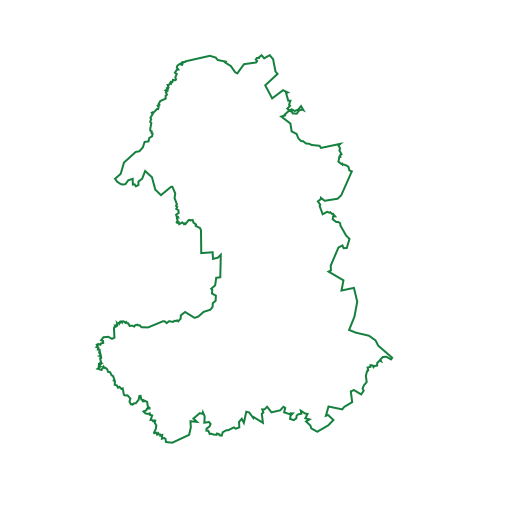 Zaubes pag., Amatas, Latvia (orthographic projection), rotated 101°
{"feature_id": "27541924B54710700451151", "entity_name": "Zaubes pag.", "entity_type": "district", "adm_level": 2, "iso_a3": "LVA", "parent_name": "Latvia", "parent_adm1": "Amatas", "projection": "orthographic", "projection_center": [25.326, 56.996], "detail": "fine", "context": "isolated", "style": "outline", "palette": "green", "viewbox_px": 512, "rotation_deg": 101, "n_neighbors": 0, "source": "geoboundaries", "source_scale": "gbopen_adm2", "svg_char_len": 6120}
<svg xmlns="http://www.w3.org/2000/svg" viewBox="0 0 512 512"><g transform="rotate(101 256 256)"><path d="M346.9,377.2L349.1,378.9L348.6,379.5L350.2,378.9L350.8,380.5L351.3,379.4L352.2,380.2L351.8,381.0L353.6,381.7L363.2,379.4L364.8,381.6L363.5,385.6L364.9,390.3L368.3,391.9L368.6,390.0L370.5,389.4L371.3,391.4L372.7,391.8L372.4,392.4L373.0,393.4L372.5,394.1L373.5,395.4L375.0,394.3L375.8,395.1L376.1,393.3L378.0,393.4L377.7,391.8L378.2,391.4L380.6,391.6L381.1,391.2L380.1,390.8L383.4,389.3L384.0,390.3L384.2,389.0L385.6,388.5L386.3,389.5L389.7,387.9L390.9,388.8L391.0,387.1L392.4,388.3L391.8,388.7L392.0,389.6L394.2,389.3L394.3,387.7L396.9,390.0L397.3,385.9L393.6,384.6L394.8,383.5L394.4,382.6L395.6,380.4L397.9,379.2L397.9,377.1L400.7,374.9L401.1,373.4L404.2,371.5L405.4,371.9L405.8,370.6L409.4,370.1L409.6,367.9L411.6,366.3L410.5,365.1L412.2,362.7L411.4,361.6L417.4,359.2L417.9,358.0L417.3,355.5L419.9,352.1L423.1,352.4L425.5,350.5L425.0,349.3L425.4,348.7L424.0,347.7L423.5,345.9L419.5,343.8L415.6,343.7L415.3,342.6L418.8,341.2L418.9,339.4L420.2,339.4L420.1,338.4L419.2,338.4L419.9,335.1L424.7,333.3L425.2,331.6L426.0,331.4L426.7,334.0L428.4,334.2L430.1,336.8L431.6,334.5L431.7,332.4L430.8,330.2L432.1,330.1L432.3,327.5L437.1,328.2L436.9,326.3L437.8,325.5L436.6,324.0L437.0,323.4L438.9,323.7L441.2,321.6L444.5,321.3L448.9,322.4L449.4,321.9L448.4,319.9L450.1,319.0L448.8,318.1L449.7,317.7L449.5,316.0L450.7,315.6L449.6,313.9L453.3,313.5L452.1,311.3L452.9,309.9L455.7,308.9L455.7,307.2L455.2,302.5L444.3,287.5L436.6,287.3L430.7,288.8L430.1,282.3L427.5,286.4L421.0,281.2L421.1,278.4L419.5,278.3L423.2,275.8L429.5,274.9L427.9,270.5L429.6,268.5L432.1,269.0L434.9,271.6L436.9,271.4L436.7,269.4L439.6,267.4L439.0,266.1L439.4,263.4L439.0,260.5L437.8,260.5L437.7,259.5L438.1,257.8L439.0,257.5L438.9,255.4L435.3,255.0L432.6,251.7L432.4,250.1L428.5,245.1L429.4,242.8L427.4,239.7L422.2,241.0L418.5,238.9L422.1,236.1L410.7,235.8L410.9,232.8L415.6,227.7L414.6,227.5L418.4,217.4L409.7,220.2L408.3,218.9L405.4,220.6L405.0,218.4L401.9,216.3L406.5,211.0L402.9,202.8L398.8,200.3L399.6,198.3L404.1,198.6L404.8,192.9L403.8,192.0L403.5,189.9L406.1,191.6L409.4,191.5L409.9,187.6L407.7,185.5L404.9,185.6L403.4,184.4L402.2,181.4L399.3,182.5L401.2,177.9L401.2,175.3L405.9,176.6L406.2,172.3L408.9,175.3L412.1,170.2L414.7,168.8L416.8,162.3L408.5,152.8L402.2,148.7L398.3,155.0L399.5,156.9L389.9,156.1L390.1,142.1L387.3,140.6L381.1,133.7L370.9,137.1L368.9,134.4L371.8,126.4L367.7,124.6L365.7,126.1L362.5,125.4L358.6,123.3L352.6,125.3L347.9,125.0L346.9,124.0L344.2,125.2L343.0,122.5L341.3,122.8L341.2,120.6L342.6,119.4L341.4,118.9L340.5,116.2L337.8,116.6L335.0,114.6L335.4,113.2L334.0,114.2L331.0,112.3L330.0,108.9L331.7,103.7L329.9,102.9L320.7,118.9L316.0,122.6L312.7,129.9L312.2,143.4L310.8,150.5L296.9,147.8L281.5,147.9L268.6,153.8L273.6,165.5L263.2,165.5L257.5,181.8L255.9,179.7L251.2,180.8L232.0,176.7L229.1,173.2L231.6,171.5L230.8,168.4L221.4,167.5L218.7,171.5L209.9,179.0L207.8,179.6L206.9,181.8L207.3,183.7L205.3,187.7L202.5,187.9L202.0,185.9L199.9,188.5L200.3,189.2L198.9,191.4L199.5,192.1L199.0,194.5L202.3,198.5L194.7,203.1L193.4,202.7L190.6,205.7L187.9,203.3L186.5,203.4L188.7,199.2L184.2,186.8L180.1,183.9L154.6,178.1L154.2,180.6L150.7,182.4L149.6,185.7L149.5,187.8L150.0,188.3L148.8,189.1L149.3,189.9L147.7,193.1L142.7,193.1L142.6,192.1L140.8,192.6L139.8,191.5L136.4,194.3L134.3,194.0L131.9,196.1L129.8,194.6L137.5,212.8L135.7,214.6L136.4,222.5L135.7,225.3L136.0,228.4L134.3,231.8L134.6,233.6L132.5,236.8L128.4,239.5L126.9,244.8L119.4,247.5L114.3,257.8L112.5,254.3L111.7,254.8L107.5,251.6L107.1,250.3L107.7,248.1L109.0,247.2L108.5,243.1L105.0,241.6L103.4,238.4L103.7,237.4L100.3,240.4L104.1,242.4L106.3,245.6L105.2,249.0L106.7,251.0L105.4,253.4L102.0,251.2L101.2,252.4L97.0,251.9L97.4,254.0L90.2,257.6L89.4,256.1L88.1,261.1L98.2,270.2L86.7,279.5L73.2,269.6L71.1,272.1L59.5,276.8L56.3,280.9L60.4,285.7L57.9,288.8L60.1,290.8L61.9,290.9L61.0,291.2L61.5,293.0L63.2,293.7L64.3,292.1L66.0,292.8L70.0,304.4L80.3,309.2L79.6,311.5L74.4,316.9L71.9,323.2L71.0,322.8L70.9,331.0L68.9,333.4L68.3,339.5L78.4,362.4L79.2,362.7L79.7,365.2L80.9,366.1L81.3,364.8L82.5,365.0L82.0,367.5L84.2,369.5L86.2,369.7L87.8,367.8L88.4,369.3L91.5,370.6L92.5,368.5L95.9,369.3L98.1,368.2L99.0,369.1L98.9,371.1L101.3,371.3L101.3,372.8L103.1,372.4L102.9,373.4L104.4,373.9L105.0,375.4L107.2,374.0L108.3,374.2L107.8,375.1L108.2,375.5L109.0,374.9L110.7,376.4L111.0,374.5L112.6,375.7L114.6,374.2L116.1,375.3L118.8,374.7L122.1,379.5L125.4,380.6L126.1,379.7L127.3,381.1L128.1,380.0L130.5,380.1L130.6,381.2L135.6,384.5L134.8,385.1L135.3,385.7L136.6,384.6L140.6,386.0L141.8,385.0L144.5,385.5L145.5,384.1L151.2,384.1L153.2,383.6L153.6,382.1L155.1,382.1L155.5,380.9L158.2,380.8L160.6,383.3L164.0,383.4L165.3,387.1L170.9,387.8L175.4,390.4L176.8,393.9L189.4,403.4L201.2,404.5L207.1,409.1L209.5,406.6L211.2,402.6L211.2,399.9L210.4,397.9L206.0,395.8L203.8,391.8L209.4,390.5L208.8,388.9L210.5,387.2L208.8,385.0L205.3,385.6L201.9,382.5L193.7,381.0L198.6,373.1L210.1,367.5L214.4,360.9L204.3,352.6L204.0,351.3L210.0,347.2L214.7,347.0L220.3,343.5L222.0,344.1L222.8,342.7L224.9,343.3L225.9,340.9L228.5,340.1L230.7,342.3L232.6,341.3L232.4,340.1L232.9,339.8L232.8,340.7L234.1,340.9L236.0,339.7L238.1,340.3L238.5,339.6L237.7,338.3L239.4,337.5L237.1,334.8L238.0,333.4L237.7,332.4L238.5,332.3L238.2,331.4L233.6,329.0L233.2,327.9L233.7,327.4L232.7,325.1L235.2,323.7L236.5,320.9L237.9,321.0L239.3,316.2L241.3,314.9L263.6,310.3L260.6,299.3L267.0,297.7L265.1,293.3L261.5,290.8L283.7,287.0L285.0,290.9L292.6,290.5L296.7,293.7L297.4,292.5L301.2,292.1L302.6,287.8L307.7,287.1L310.5,289.4L314.2,288.9L317.4,290.5L320.8,296.7L326.4,301.0L328.1,303.8L328.4,304.6L324.5,314.9L328.6,318.5L331.8,318.0L335.0,319.9L334.3,321.2L335.2,322.2L335.1,323.6L336.5,324.8L336.6,328.9L338.9,330.9L337.6,333.1L337.7,334.7L346.7,348.3L347.8,354.8L346.2,357.0L346.6,358.4L346.0,359.2L347.0,361.4L348.5,362.1L348.0,364.4L348.8,366.7L346.5,368.4L346.7,369.4L345.5,370.9L346.5,371.5L345.4,373.5L345.7,374.7L346.7,374.8L346.0,375.5L346.2,376.2L347.8,376.9L346.9,377.2Z" fill="none" stroke="#15803d" stroke-width="2"/></g></svg>